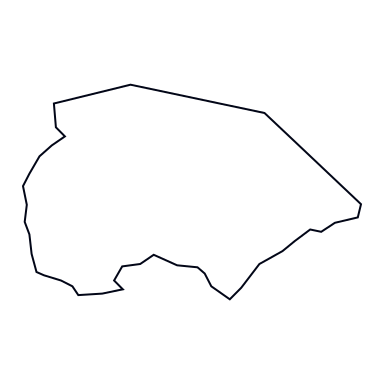 Venha-Ver, Rio Grande do Norte, Brazil
{"feature_id": "56859067B44091941212152", "entity_name": "Venha-Ver", "entity_type": "district", "adm_level": 2, "iso_a3": "BRA", "parent_name": "Brazil", "parent_adm1": "Rio Grande do Norte", "projection": "robinson", "projection_center": [-38.535, -6.321], "detail": "fine", "context": "isolated", "style": "outline", "palette": "ink", "viewbox_px": 384, "rotation_deg": 0, "n_neighbors": 0, "source": "geoboundaries", "source_scale": "gbopen_adm2", "svg_char_len": 589}
<svg xmlns="http://www.w3.org/2000/svg" viewBox="0 0 384 384"><path d="M78.3,295.1L102.3,293.6L122.8,289.3L114.1,280.5L122.2,266.4L140.2,264.0L153.7,254.8L177.1,265.3L197.5,267.3L204.7,273.5L211.3,286.3L229.8,299.3L241.2,287.8L259.4,264.0L282.5,251.1L294.7,241.1L310.2,229.5L321.2,231.8L334.9,222.8L357.8,217.4L361.0,204.2L294.3,141.1L264.5,113.0L130.5,84.7L53.9,103.5L55.9,127.3L64.9,136.4L51.8,145.4L39.5,156.3L29.4,173.7L23.0,186.1L26.8,204.8L24.7,221.9L29.4,234.4L31.6,253.9L36.5,272.0L44.0,275.3L61.0,280.5L72.4,286.3L78.3,295.1Z" fill="none" stroke="#020617" stroke-width="2"/></svg>